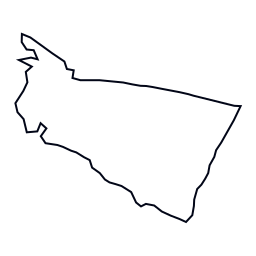 Sapucaia do Sul, Rio Grande do Sul, Brazil (Robinson projection)
{"feature_id": "56859067B33945949443498", "entity_name": "Sapucaia do Sul", "entity_type": "district", "adm_level": 2, "iso_a3": "BRA", "parent_name": "Brazil", "parent_adm1": "Rio Grande do Sul", "projection": "robinson", "projection_center": [-51.141, -29.822], "detail": "fine", "context": "isolated", "style": "outline", "palette": "ink", "viewbox_px": 256, "rotation_deg": 0, "n_neighbors": 0, "source": "geoboundaries", "source_scale": "gbopen_adm2", "svg_char_len": 951}
<svg xmlns="http://www.w3.org/2000/svg" viewBox="0 0 256 256"><path d="M186.0,222.0L192.3,215.2L193.9,206.0L194.2,199.6L197.2,189.0L201.4,184.7L205.2,178.7L208.2,173.1L209.6,165.3L214.3,156.9L216.1,150.2L221.2,142.6L233.8,120.3L240.6,106.1L234.3,105.8L228.6,104.4L193.5,95.7L188.5,94.2L179.7,92.2L162.2,88.9L152.5,87.0L146.2,86.0L140.5,85.8L132.4,84.4L123.2,82.5L99.5,80.2L80.4,80.2L72.5,78.0L73.7,70.3L66.9,69.0L64.4,61.5L52.4,53.4L30.4,37.5L21.9,34.0L21.7,42.1L26.6,49.5L33.7,50.2L37.6,59.3L31.0,57.6L18.9,60.0L31.8,66.6L25.8,71.9L27.4,82.3L23.3,91.0L15.4,103.2L17.5,112.2L23.6,119.1L26.8,132.3L37.3,131.4L40.6,123.2L46.4,128.4L40.8,136.2L45.5,143.2L57.4,145.0L63.0,146.9L71.1,150.7L76.3,152.4L84.0,157.2L89.7,160.1L92.1,167.6L99.8,173.1L104.9,179.5L109.5,182.4L115.5,184.1L121.5,186.0L131.2,192.1L136.1,202.5L141.0,206.4L145.9,203.9L154.2,205.5L161.8,211.5L170.9,215.7L179.5,219.0L186.0,222.0Z" fill="none" stroke="#020617" stroke-width="2"/></svg>